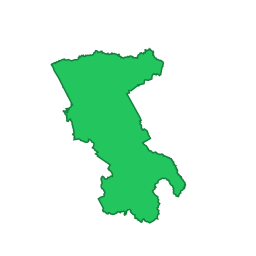 Cam My, Đồng Nai, Vietnam (Mercator projection), rotated 240°
{"feature_id": "81297802B33413589576034", "entity_name": "Cam My", "entity_type": "district", "adm_level": 2, "iso_a3": "VNM", "parent_name": "Vietnam", "parent_adm1": "Đồng Nai", "projection": "mercator", "projection_center": [107.218, 10.784], "detail": "fine", "context": "isolated", "style": "filled", "palette": "green", "viewbox_px": 256, "rotation_deg": 240, "n_neighbors": 0, "source": "geoboundaries", "source_scale": "gbopen_adm2", "svg_char_len": 5749}
<svg xmlns="http://www.w3.org/2000/svg" viewBox="0 0 256 256"><g transform="rotate(240 128 128)"><path d="M81.5,66.9L70.8,66.6L69.9,65.3L68.7,65.3L68.8,64.9L68.3,64.7L67.7,65.0L67.2,65.9L64.2,66.9L63.6,68.1L64.4,68.7L64.1,69.4L62.2,70.1L60.9,71.5L60.2,72.8L60.3,74.7L59.9,75.4L60.7,77.2L59.7,78.2L59.3,79.2L58.8,78.8L58.5,79.0L59.0,80.1L58.4,81.1L58.1,82.7L56.9,83.4L56.6,82.9L55.6,82.9L55.6,82.3L55.1,82.1L55.2,81.7L54.4,81.5L54.2,82.5L54.6,83.5L55.6,84.6L56.6,85.1L57.3,86.7L56.4,89.0L55.0,89.2L54.4,88.4L54.0,88.3L50.6,89.2L49.0,90.5L46.8,89.1L46.1,89.0L45.7,90.2L44.8,90.3L44.3,90.9L43.3,90.6L42.4,91.5L40.6,91.9L39.7,92.5L39.8,93.2L41.2,94.5L41.5,95.9L40.8,96.5L40.5,96.0L39.4,96.1L37.3,97.5L36.9,98.4L35.0,99.3L34.9,103.2L35.1,105.3L35.6,106.0L35.3,107.5L34.5,108.3L35.8,108.5L37.4,109.7L38.1,110.9L38.2,112.0L39.4,112.0L41.3,113.5L42.9,112.7L44.2,113.3L44.0,114.3L45.5,115.5L46.7,117.7L48.8,116.9L50.4,118.6L52.0,118.5L53.6,119.4L56.6,117.9L59.2,117.7L60.3,117.3L60.4,117.9L61.4,118.1L61.9,121.0L62.9,121.2L62.7,122.5L63.3,122.6L64.3,122.1L65.9,123.8L65.7,126.7L66.2,126.8L67.4,128.1L67.3,132.7L66.2,133.9L65.7,135.2L64.9,135.8L63.4,135.9L62.6,137.1L62.2,136.7L60.6,137.1L59.6,136.5L58.9,136.8L58.1,136.5L56.3,137.1L55.6,137.8L54.7,137.3L53.1,137.5L52.6,137.3L52.3,136.4L51.3,136.4L50.1,135.8L49.9,135.3L48.3,134.7L47.1,135.7L45.8,136.0L44.9,135.7L44.7,136.6L44.0,136.7L43.4,137.5L44.7,138.7L45.4,140.2L45.3,141.0L47.3,142.3L46.9,144.1L48.0,146.1L47.4,146.2L47.4,146.6L47.9,146.7L48.2,147.4L48.8,147.3L49.0,148.2L50.0,148.4L49.9,149.0L50.5,149.0L50.5,149.5L51.6,149.5L52.2,150.0L53.8,149.6L56.1,149.6L57.5,148.9L58.2,149.5L59.2,149.7L59.5,149.0L60.4,149.2L61.7,148.5L62.3,148.8L62.6,148.2L63.3,148.5L64.8,148.2L65.4,148.6L65.5,149.1L66.6,149.6L67.2,149.7L67.5,149.2L68.0,149.6L68.6,149.4L68.8,149.9L71.0,149.7L71.3,150.4L71.8,149.7L72.8,149.9L73.3,149.4L73.4,149.9L73.8,149.6L74.8,150.2L75.8,149.8L76.0,150.2L76.2,149.9L76.9,150.2L77.6,149.8L78.2,150.2L78.5,149.9L78.9,150.3L78.7,149.9L79.8,150.0L80.7,149.0L81.5,149.0L82.1,147.9L83.0,147.9L83.3,147.2L84.5,146.7L86.1,144.7L86.3,145.3L87.8,144.9L88.8,143.8L88.9,142.6L89.9,141.9L90.1,141.2L91.2,140.5L92.5,140.4L93.2,139.8L92.9,139.6L93.8,138.7L93.8,137.5L94.6,136.8L96.1,136.7L97.2,135.9L97.4,135.2L98.4,134.8L98.8,135.1L99.4,135.1L99.5,134.7L100.3,135.1L103.7,134.8L104.4,134.2L107.1,133.3L107.8,133.4L107.7,142.2L112.7,142.3L113.6,142.8L114.3,142.6L115.6,143.1L117.1,142.6L117.9,141.9L118.8,141.9L119.2,140.5L118.7,140.0L118.8,139.6L119.5,140.0L121.0,139.3L122.0,140.2L123.9,141.0L125.2,140.4L125.9,140.6L126.7,142.0L128.2,141.5L128.1,143.2L131.3,143.6L158.2,144.1L157.7,146.8L159.9,147.4L158.8,149.4L159.9,157.6L160.5,158.3L159.9,158.7L158.8,157.8L159.7,159.6L158.4,164.0L161.1,166.3L161.0,167.2L159.1,169.5L158.6,173.2L161.0,174.8L161.9,176.2L161.6,177.0L162.1,177.5L159.9,179.0L160.5,180.3L157.7,181.6L158.0,182.0L157.9,183.1L158.7,183.2L159.5,184.4L162.7,187.0L163.5,187.8L163.9,189.0L164.4,189.0L166.4,191.0L167.5,191.3L170.2,190.2L170.3,189.4L172.6,188.0L173.1,187.0L174.6,187.1L175.1,186.5L175.9,186.3L177.7,186.5L178.4,186.0L178.8,186.6L179.3,186.4L180.3,186.9L180.1,187.4L180.4,187.7L180.8,187.9L181.1,187.5L181.8,188.0L181.9,187.5L184.3,186.6L184.9,186.7L184.9,185.9L185.9,185.9L185.4,184.9L185.5,183.5L185.2,182.8L185.8,182.4L186.9,182.6L187.1,181.9L184.5,180.5L185.3,179.1L184.6,178.3L185.7,177.4L186.4,177.2L186.8,175.9L186.1,175.4L186.1,173.3L184.7,171.7L183.9,171.4L183.8,170.8L184.8,170.4L185.6,168.4L186.7,168.1L186.7,167.2L187.9,167.3L189.0,166.3L189.4,165.1L189.0,164.2L190.1,163.5L189.9,162.2L190.9,160.7L190.7,158.9L192.3,158.0L192.3,157.2L193.6,157.5L194.7,156.1L196.0,157.1L196.4,157.0L196.2,155.4L197.5,155.1L198.1,154.2L199.1,153.7L200.1,151.2L200.7,151.7L201.0,151.6L200.7,149.9L201.2,148.3L201.5,147.9L202.7,148.0L202.8,146.1L205.7,144.1L205.9,143.2L207.3,143.8L208.0,143.0L207.8,141.3L208.6,140.4L208.5,139.9L210.4,139.7L211.1,138.5L209.8,137.1L210.2,136.3L209.0,134.6L209.3,132.4L210.1,131.9L210.3,130.3L211.1,129.7L211.4,128.0L212.0,127.8L211.5,127.1L211.8,125.9L213.3,125.6L212.7,125.0L214.0,124.0L213.5,122.4L214.5,121.8L214.4,121.5L213.3,121.3L213.6,120.3L213.0,120.0L212.4,118.8L212.7,117.6L213.7,116.2L214.2,113.5L214.8,112.2L217.0,110.7L217.4,109.1L218.3,107.7L219.3,107.5L219.2,106.7L219.8,106.5L220.1,105.0L220.0,103.4L220.3,103.0L220.1,102.2L220.8,101.9L220.2,100.6L220.9,99.4L220.4,97.5L221.2,97.4L221.2,95.0L221.5,94.5L221.1,94.0L221.2,93.4L220.4,93.2L220.1,93.5L217.9,93.4L214.5,92.8L205.7,93.0L196.8,92.5L195.5,92.0L195.1,92.4L188.0,92.0L187.3,92.5L186.3,91.7L184.9,92.0L176.0,91.4L176.9,90.7L174.8,89.5L174.8,87.1L173.6,86.1L174.2,85.4L174.9,85.7L175.4,84.6L175.0,84.8L174.8,84.1L174.3,84.3L174.2,83.7L173.0,84.5L171.9,83.8L171.6,82.9L173.6,82.4L173.6,81.6L174.3,81.5L175.1,80.7L174.9,80.4L174.2,80.7L172.0,80.8L171.6,80.5L169.1,81.3L168.7,80.5L166.4,79.7L164.8,78.6L163.6,79.5L164.9,81.8L164.3,82.7L163.4,82.2L161.4,82.4L160.2,82.2L159.6,81.6L154.3,80.2L150.1,78.5L150.3,77.0L150.0,76.8L149.1,77.5L147.0,77.4L146.6,76.4L145.9,76.6L144.9,75.4L143.0,80.2L142.2,80.7L140.9,80.7L139.7,82.3L138.9,82.5L136.6,84.5L136.0,86.1L136.3,87.4L138.0,88.2L136.3,89.6L133.7,89.8L132.7,90.8L131.7,90.8L130.6,90.3L129.3,88.8L128.7,87.3L126.5,88.5L125.3,88.3L122.2,89.8L121.8,87.0L119.3,88.3L118.8,87.5L104.9,94.2L103.0,90.6L102.2,91.0L101.8,90.3L101.3,90.4L101.1,90.8L98.0,91.7L95.5,91.3L95.0,90.7L94.0,90.4L93.9,90.1L94.4,89.8L95.0,88.6L94.4,87.3L95.3,85.9L94.3,85.0L95.3,82.5L97.5,82.5L98.9,81.8L98.7,80.8L97.8,80.3L98.0,79.9L97.4,79.6L97.2,79.1L92.9,78.0L92.2,76.4L90.4,75.3L88.4,75.2L87.4,75.9L86.5,76.0L85.4,75.7L84.3,75.9L83.2,75.3L82.8,74.1L81.7,73.8L80.9,73.2L81.8,69.2L81.4,68.6L81.5,66.9Z" fill="#22c55e" stroke="#15803d" stroke-width="1.5"/></g></svg>